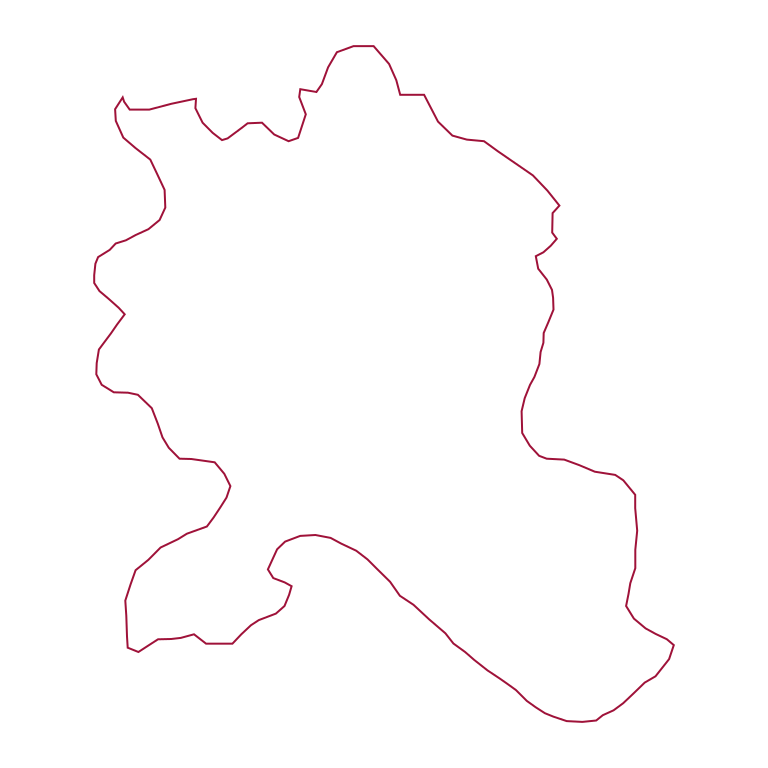 Imishli District, İmişli, Azerbaijan (Equal Earth projection)
{"feature_id": "54616110B47039748407948", "entity_name": "Imishli District", "entity_type": "district", "adm_level": 2, "iso_a3": "AZE", "parent_name": "Azerbaijan", "parent_adm1": "İmişli", "projection": "equal_earth", "projection_center": [48.045, 39.875], "detail": "fine", "context": "isolated", "style": "outline", "palette": "rose", "viewbox_px": 768, "rotation_deg": 0, "n_neighbors": 0, "source": "geoboundaries", "source_scale": "gbopen_adm2", "svg_char_len": 2419}
<svg xmlns="http://www.w3.org/2000/svg" viewBox="0 0 768 768"><path d="M559.4,205.6L547.4,190.6L532.9,175.4L497.9,151.3L484.0,141.2L466.8,139.6L452.4,135.6L438.0,121.6L424.1,94.8L419.1,94.8L400.2,94.8L396.3,80.2L389.1,64.0L373.6,46.1L353.6,46.1L336.9,52.2L328.1,67.3L321.9,84.1L316.4,92.0L300.3,89.2L299.2,97.0L305.8,114.3L298.1,137.9L288.6,141.2L274.2,134.5L262.0,122.7L247.6,123.3L242.6,127.2L227.6,138.4L222.0,140.1L212.6,132.8L202.6,122.7L195.4,108.2L196.0,98.8L193.0,99.2L171.3,103.8L149.3,109.6L129.7,109.6L124.1,101.7L122.7,97.4L115.1,109.2L115.8,120.9L123.3,137.6L135.3,147.9L150.3,159.6L157.1,173.9L164.6,189.9L165.3,207.6L159.6,220.0L148.4,229.2L135.7,235.0L125.9,240.3L115.7,243.5L109.7,249.9L98.1,257.1L95.4,263.7L94.2,275.2L94.2,283.0L99.5,291.1L108.5,298.7L118.8,307.9L124.7,314.3L117.0,324.6L111.0,333.3L102.4,344.8L98.9,349.5L96.7,363.1L96.3,374.3L101.7,384.8L113.8,392.3L128.0,392.7L137.9,394.8L151.8,408.2L157.8,423.7L162.5,437.4L168.8,447.8L179.5,458.7L191.3,459.0L214.7,462.3L224.3,473.8L230.4,486.1L226.5,497.6L220.1,507.7L213.6,517.5L206.9,526.5L186.9,533.7L178.0,539.2L160.6,547.5L148.4,559.8L135.6,570.2L130.6,584.3L125.3,600.6L126.3,615.8L127.0,636.4L127.7,647.7L128.0,647.8L138.4,652.0L150.1,644.4L158.0,639.3L171.2,639.0L180.8,637.9L194.0,634.3L206.1,643.7L232.4,643.7L241.3,634.3L251.0,625.2L258.8,620.1L275.9,613.6L284.5,606.0L289.1,594.8L291.6,586.2L284.7,582.4L273.3,578.1L267.9,569.4L277.1,549.3L285.1,541.6L300.2,535.9L315.4,535.0L330.6,537.9L341.2,543.6L356.2,550.7L367.5,559.4L376.7,568.6L390.1,581.8L399.9,595.8L413.5,604.8L429.2,619.4L445.4,633.3L453.4,643.5L465.1,652.0L474.3,660.0L487.5,670.4L499.7,678.5L507.0,683.6L516.0,690.1L526.8,700.9L535.6,707.2L544.9,713.2L553.3,716.6L566.7,721.1L582.4,721.9L596.2,720.5L602.8,715.2L613.6,710.3L623.2,703.2L634.6,692.4L644.7,682.6L655.5,676.3L663.1,666.7L669.1,659.1L673.8,645.1L666.8,639.2L655.6,633.9L645.6,628.4L633.9,618.6L626.1,606.0L628.5,594.0L630.3,583.2L635.3,568.2L635.3,549.8L637.2,530.7L635.2,508.2L635.2,494.8L623.3,480.3L615.2,474.9L594.8,471.7L578.9,465.0L564.2,459.6L546.7,458.7L539.1,455.8L529.8,445.7L522.2,433.0L521.6,411.2L524.7,398.2L530.0,384.9L534.4,377.0L539.4,364.0L540.6,352.0L543.4,342.8L543.7,333.0L548.3,322.3L553.5,309.6L553.1,297.8L552.0,289.9L546.8,279.6L538.2,268.7L535.8,256.2L543.4,252.3L550.8,245.7L556.8,238.8L552.2,232.6L552.6,213.1L559.4,205.6Z" fill="none" stroke="#9f1239" stroke-width="2"/></svg>